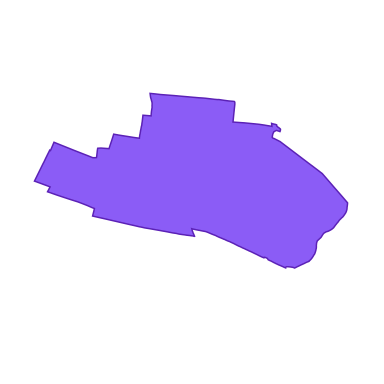 outline of Ciohorani, Iasi, Romania, rotated 47°
{"feature_id": "2599482B37137695584256", "entity_name": "Ciohorani", "entity_type": "district", "adm_level": 2, "iso_a3": "ROU", "parent_name": "Romania", "parent_adm1": "Iasi", "projection": "mercator", "projection_center": [26.705, 47.134], "detail": "fine", "context": "isolated", "style": "filled", "palette": "violet", "viewbox_px": 384, "rotation_deg": 47, "n_neighbors": 0, "source": "geoboundaries", "source_scale": "gbopen_adm2", "svg_char_len": 5624}
<svg xmlns="http://www.w3.org/2000/svg" viewBox="0 0 384 384"><g transform="rotate(47 192 192)"><path d="M306.0,85.6L296.4,85.2L286.8,84.9L268.1,84.2L267.3,84.2L256.6,86.0L250.5,87.1L233.6,90.0L215.1,93.2L212.7,94.1L212.1,94.3L211.8,94.4L210.3,95.0L209.6,95.2L209.2,95.3L208.8,95.6L207.6,96.1L206.8,96.1L205.9,95.0L204.8,93.5L204.4,92.7L204.0,91.6L203.8,91.3L203.8,90.9L204.1,89.8L204.3,88.9L204.4,88.6L204.6,88.2L204.8,88.1L206.4,87.2L207.1,86.8L207.8,86.5L207.5,85.7L206.9,85.0L206.6,84.6L206.2,84.4L205.1,84.5L204.4,84.6L203.8,84.7L203.2,84.9L202.3,85.0L201.7,85.0L200.6,84.3L199.4,84.9L198.4,85.6L197.8,86.0L197.1,86.5L196.1,87.0L196.8,87.6L197.2,87.8L197.4,88.0L198.0,88.4L198.4,88.7L198.5,88.8L198.3,88.9L193.4,92.7L192.7,93.2L188.2,96.8L184.1,100.4L177.3,106.4L171.0,112.3L168.8,114.3L162.9,107.6L157.1,100.9L155.7,99.6L155.3,99.4L155.0,99.3L154.8,99.3L154.5,99.4L150.5,103.0L146.6,106.2L142.7,109.3L141.8,110.3L139.6,112.3L135.8,115.5L132.5,118.3L130.2,120.4L128.0,122.5L125.0,125.2L122.8,127.2L120.9,128.9L120.1,129.6L114.0,135.1L109.3,139.3L99.4,148.4L95.3,151.9L91.3,155.4L92.5,156.3L94.2,157.5L95.0,158.0L96.1,158.5L96.5,158.7L97.2,159.1L98.6,159.8L99.1,160.1L99.7,160.5L100.7,161.4L101.2,162.0L102.3,163.0L102.9,163.5L105.0,166.2L106.2,167.6L108.4,170.0L102.4,175.5L107.0,180.9L107.3,181.4L108.8,183.1L109.6,184.4L110.2,185.2L110.8,186.0L111.4,186.8L111.8,187.4L111.9,187.6L112.5,188.3L113.0,189.0L113.9,190.1L114.7,191.3L116.5,193.5L116.8,193.8L112.0,197.7L107.1,201.5L103.3,204.5L100.1,207.0L99.1,207.7L98.2,208.4L96.3,209.8L99.3,215.1L102.5,221.0L103.7,223.1L99.2,227.3L97.8,228.6L97.7,228.7L96.7,229.9L95.7,231.1L95.8,231.3L96.9,232.7L98.0,234.0L98.6,234.6L98.7,234.8L100.0,236.3L101.1,237.6L101.3,237.9L101.7,238.4L101.5,238.7L99.9,240.5L99.0,241.3L94.5,243.4L91.4,244.9L81.4,249.7L71.8,254.2L66.7,256.6L61.5,259.0L65.2,267.3L64.5,267.6L64.4,267.6L65.5,270.5L66.0,271.9L66.7,273.7L67.0,274.5L67.4,275.6L68.2,277.6L69.3,280.4L69.5,281.1L69.8,281.9L76.6,299.8L90.8,292.6L91.5,292.3L93.3,297.5L101.7,293.1L108.5,289.4L114.5,286.1L121.6,282.1L126.5,279.7L130.9,277.6L131.4,277.4L133.5,276.5L135.8,275.5L137.1,274.8L137.5,274.6L139.0,276.8L139.9,278.2L140.3,278.8L141.8,281.1L153.4,273.2L158.0,270.1L161.4,267.8L167.5,263.7L174.0,259.3L177.8,256.7L181.1,254.5L181.7,254.1L182.3,253.6L183.0,253.1L183.7,252.6L185.8,251.2L190.6,247.5L196.7,242.9L198.7,241.4L200.2,240.3L201.9,239.0L204.6,237.0L206.3,235.8L208.8,234.0L211.5,231.8L213.8,230.3L216.3,228.3L218.2,226.7L219.9,225.4L220.7,224.7L221.4,224.1L222.7,223.0L223.5,222.4L224.5,221.5L225.2,221.0L226.0,220.6L226.1,220.3L224.9,219.9L224.5,219.7L223.6,219.4L222.9,219.2L222.2,218.9L221.6,218.6L220.7,218.3L220.1,218.0L219.5,217.6L218.7,217.2L219.4,216.8L220.1,216.3L220.7,216.0L221.2,215.5L222.2,214.9L223.1,214.2L224.4,213.3L225.3,212.6L226.0,212.1L227.8,210.8L229.0,209.9L230.1,209.1L230.6,208.8L231.2,208.5L231.6,208.3L232.4,207.9L233.3,207.5L234.9,206.8L236.1,206.3L236.9,205.9L238.0,205.4L238.7,205.0L239.1,204.8L239.6,204.6L240.4,204.2L241.2,204.0L242.1,203.6L242.9,203.3L243.8,202.9L244.3,202.7L245.0,202.3L245.8,202.0L246.2,201.8L246.8,201.5L247.6,201.2L248.3,200.9L248.7,200.6L249.2,200.4L250.1,200.1L250.8,199.8L251.8,199.4L252.4,199.1L252.8,198.9L253.8,198.4L254.4,198.1L255.1,197.9L255.5,197.7L256.3,197.4L257.0,197.1L257.7,196.8L258.2,196.6L258.8,196.4L259.4,196.2L260.5,195.8L261.1,195.6L261.9,195.3L262.7,195.0L263.5,194.7L264.3,194.3L264.9,194.0L265.3,193.9L266.0,193.6L266.8,193.3L267.2,193.2L268.3,192.7L269.2,192.3L269.9,192.0L270.3,191.9L271.5,191.4L272.9,190.8L273.8,190.5L274.7,190.1L275.1,189.9L276.3,189.4L278.1,188.7L279.2,188.3L280.4,187.8L281.5,187.4L282.4,187.0L283.1,186.8L283.9,186.5L284.7,186.2L285.5,185.9L286.7,185.4L287.5,185.1L288.1,184.8L288.5,184.6L288.9,184.4L289.2,184.3L289.1,184.0L289.0,183.9L289.0,183.7L289.7,183.2L290.2,182.8L290.9,182.6L291.6,182.3L291.9,182.2L292.7,182.3L293.4,182.5L294.9,182.0L295.9,181.5L297.8,180.8L298.8,180.5L299.9,180.1L301.1,179.6L302.1,179.3L302.8,178.9L303.7,178.6L304.5,178.3L305.1,178.0L305.7,177.7L306.4,177.4L307.8,176.8L308.7,176.4L309.2,176.2L309.8,176.0L310.2,175.8L310.6,175.5L311.1,175.5L311.4,175.3L311.2,175.1L311.0,174.8L311.0,174.4L311.1,174.0L311.3,173.6L312.4,172.5L313.4,171.6L314.5,170.7L315.5,169.9L316.4,169.3L317.2,169.0L317.6,168.8L318.0,167.5L318.5,165.7L318.9,164.6L319.4,162.9L319.7,161.9L320.1,160.8L320.3,160.1L320.6,159.4L320.8,158.6L321.0,158.1L321.2,157.2L321.4,156.6L321.7,155.8L321.9,155.2L322.3,154.4L322.5,153.7L322.3,153.6L322.3,153.4L322.4,153.1L322.4,152.4L322.4,151.7L322.3,150.4L322.1,149.1L321.9,148.2L321.7,147.5L321.4,146.4L321.2,145.9L321.1,145.1L320.9,144.4L320.7,144.1L320.6,143.8L320.2,143.1L319.8,142.3L319.5,141.9L319.3,141.5L318.8,140.8L318.3,140.1L317.8,139.3L316.7,138.2L316.0,137.6L315.2,136.7L314.3,135.7L313.9,135.0L313.5,134.3L313.2,133.7L313.2,133.4L313.2,133.0L313.2,132.2L313.2,131.4L313.2,130.6L313.2,130.0L313.2,128.9L313.1,128.2L312.9,127.5L312.8,127.1L312.5,126.1L312.3,125.2L312.2,124.7L312.1,124.2L312.1,123.7L312.2,122.8L312.4,122.2L312.4,121.8L312.6,121.2L312.8,120.7L313.1,120.1L313.5,119.3L313.7,118.7L313.8,118.4L314.0,117.7L314.1,117.3L314.3,116.6L314.4,116.0L314.6,115.2L314.6,114.5L314.7,113.3L314.7,112.8L314.6,112.2L314.4,111.4L314.3,110.6L314.1,109.8L314.0,108.9L313.9,108.2L313.7,107.2L313.7,106.4L313.6,105.8L313.4,104.9L313.2,103.9L313.1,103.4L313.1,102.9L313.0,102.6L313.1,101.8L313.0,100.8L313.0,100.0L313.1,99.1L312.9,97.5L312.5,95.6L312.2,94.3L311.8,93.1L311.3,92.1L310.6,90.9L309.9,90.0L309.1,89.2L308.3,88.2L307.3,87.0L306.8,86.4L306.0,85.6Z" fill="#8b5cf6" stroke="#5b21b6" stroke-width="1.5"/></g></svg>